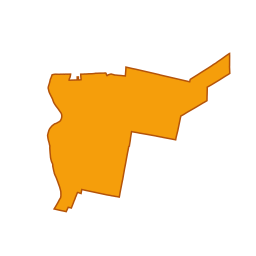 Herasti, Giurgiu, Romania (Mercator projection), rotated 103°
{"feature_id": "2599482B7326478622533", "entity_name": "Herasti", "entity_type": "district", "adm_level": 2, "iso_a3": "ROU", "parent_name": "Romania", "parent_adm1": "Giurgiu", "projection": "mercator", "projection_center": [26.35, 44.221], "detail": "fine", "context": "isolated", "style": "filled", "palette": "amber", "viewbox_px": 256, "rotation_deg": 103, "n_neighbors": 0, "source": "geoboundaries", "source_scale": "gbopen_adm2", "svg_char_len": 4497}
<svg xmlns="http://www.w3.org/2000/svg" viewBox="0 0 256 256"><g transform="rotate(103 128 128)"><path d="M196.1,184.4L197.5,183.5L197.9,183.3L200.6,181.5L203.0,180.2L205.0,179.2L206.0,178.9L209.2,178.1L211.2,178.0L213.2,178.7L216.7,179.6L221.5,181.1L222.0,181.3L223.5,181.8L223.5,175.0L223.4,172.2L223.4,169.4L218.7,168.4L218.7,165.2L217.9,165.1L213.3,164.4L211.6,164.2L208.8,163.7L207.4,163.6L206.0,163.3L203.7,163.0L202.2,162.7L202.1,162.1L202.3,160.2L202.4,159.0L198.3,159.2L198.3,155.6L197.9,133.2L197.7,130.4L197.7,130.2L197.7,128.9L197.5,126.0L197.5,124.8L197.4,124.0L197.3,122.3L197.3,121.4L197.3,121.0L196.0,121.0L192.8,121.2L189.8,121.3L186.5,121.4L181.1,121.6L179.4,121.6L175.6,121.8L174.1,121.9L169.9,122.1L168.5,122.2L164.6,122.3L162.4,122.4L160.4,122.5L156.3,122.7L151.5,122.9L151.0,122.9L150.5,122.9L148.1,123.0L146.0,123.1L145.9,122.9L145.7,122.8L145.4,122.7L145.2,122.6L144.9,122.7L144.6,122.7L143.1,122.8L139.7,123.0L138.7,123.1L137.0,123.3L135.7,123.4L134.1,123.5L130.7,123.7L130.7,123.4L130.7,122.6L130.4,117.7L130.4,116.0L130.2,112.8L129.9,107.4L129.7,103.2L129.5,99.4L129.5,97.8L129.4,95.3L129.4,94.4L129.3,93.6L129.3,91.7L129.2,89.5L129.1,87.1L129.0,84.8L128.9,82.5L128.8,79.2L128.8,78.9L128.3,78.9L127.9,78.9L127.3,79.0L126.0,79.0L119.4,78.9L106.4,79.2L104.4,79.2L102.5,77.0L99.3,73.8L93.8,67.9L92.1,66.1L86.3,60.1L86.1,59.8L83.6,57.2L81.7,57.6L79.4,58.1L76.8,58.6L72.0,59.6L70.4,60.0L67.3,56.6L63.6,52.8L60.5,49.6L55.5,44.7L53.3,42.4L52.1,41.3L51.9,41.1L45.4,42.9L44.7,43.0L41.6,43.7L38.5,44.4L36.7,44.8L34.5,45.3L33.1,45.7L32.5,45.8L32.6,46.0L32.8,46.1L33.1,46.4L35.0,48.2L37.3,50.2L38.8,51.5L40.4,52.9L42.2,54.6L44.1,56.3L44.3,56.4L45.2,57.2L46.7,58.8L47.3,59.4L47.6,59.6L48.5,60.4L51.5,63.3L54.4,66.2L57.3,69.1L60.3,72.0L63.5,75.2L66.3,78.0L66.5,78.2L66.7,78.3L66.9,78.3L67.0,78.3L67.7,78.3L69.1,78.3L69.1,79.4L69.1,82.4L69.1,87.1L69.1,92.1L69.1,96.7L69.1,101.1L69.1,105.9L69.1,108.9L69.0,109.9L69.0,110.4L69.0,111.6L69.0,115.3L69.0,119.3L69.0,122.8L69.0,126.5L69.0,130.1L69.0,133.7L69.1,137.4L69.1,141.1L69.1,143.7L71.9,143.2L75.9,142.6L77.9,142.3L78.0,142.6L78.0,142.8L78.0,143.0L78.0,143.4L78.1,143.7L78.2,144.4L78.4,146.4L78.8,148.8L79.1,151.2L79.2,152.0L79.3,152.3L79.3,152.6L79.4,152.9L79.4,153.2L79.3,153.3L79.3,153.5L79.3,153.9L79.3,154.1L79.2,154.7L79.3,155.4L79.2,155.9L79.2,156.2L79.2,156.3L79.2,156.6L79.3,156.7L79.4,157.0L79.5,157.3L79.6,157.5L79.8,157.8L79.9,158.0L80.0,158.1L80.2,158.4L80.3,158.7L80.4,158.8L80.5,159.0L80.7,159.3L80.8,159.4L81.0,159.5L81.3,159.7L81.5,159.8L81.6,160.0L81.7,160.3L81.5,160.5L81.4,160.6L81.1,160.7L80.7,161.0L80.2,161.4L79.9,161.6L79.7,161.7L79.6,161.9L79.5,162.0L79.5,162.3L79.5,162.5L79.6,162.8L80.0,164.0L80.4,165.7L80.8,167.3L81.2,168.9L81.7,170.6L81.9,171.7L82.1,172.1L82.7,173.6L82.9,174.4L83.1,174.8L83.2,175.2L83.6,176.7L84.0,178.3L84.5,179.9L84.9,181.3L85.2,182.6L85.3,182.9L85.6,183.8L85.8,184.6L86.1,185.9L86.2,186.2L87.6,185.8L89.2,185.3L91.0,184.7L91.5,184.6L91.8,185.4L92.2,186.4L92.3,187.1L89.4,187.8L89.7,189.0L92.6,188.3L93.5,191.7L94.2,194.4L94.7,196.1L93.7,196.3L91.6,195.9L90.0,195.9L89.2,196.0L88.4,196.0L88.4,196.3L88.5,196.4L88.6,196.7L88.7,197.1L88.7,197.4L89.0,198.4L89.3,199.7L89.4,200.3L89.5,200.7L89.7,201.5L89.8,201.6L89.9,201.8L89.9,202.0L90.0,202.4L90.0,202.6L90.1,203.1L90.4,204.3L90.8,206.0L91.0,206.5L91.2,207.5L91.4,208.4L91.5,208.7L91.5,208.8L91.5,209.1L91.7,209.7L91.9,210.9L92.0,211.2L92.5,212.5L92.8,213.1L93.2,213.9L94.1,214.0L95.8,214.2L97.0,214.4L97.9,214.6L99.7,214.6L101.1,214.6L102.9,214.7L105.3,214.9L106.1,214.9L106.9,214.8L107.5,214.6L108.6,214.0L109.7,213.5L111.2,212.6L112.6,211.5L113.8,210.5L114.9,209.6L116.7,208.1L117.7,207.5L119.4,206.4L120.5,205.5L121.7,204.3L122.9,203.0L124.1,201.5L125.1,200.3L126.4,198.9L127.9,197.2L128.9,196.2L130.2,195.5L131.5,195.1L132.8,195.0L134.1,195.0L135.2,195.3L135.9,195.4L136.2,195.6L136.7,195.9L137.4,196.5L138.1,197.3L138.8,198.1L139.6,198.9L140.0,199.6L140.4,200.3L141.0,200.9L141.7,201.4L142.5,202.2L143.9,203.0L145.5,203.8L146.9,204.3L148.7,204.6L149.8,204.6L150.5,204.7L151.5,204.7L153.0,204.7L153.6,204.6L154.1,204.4L156.2,203.6L158.1,202.7L160.4,201.4L162.0,200.7L163.0,200.1L163.6,200.0L165.1,199.7L167.1,199.1L169.4,198.4L171.8,197.6L174.3,196.8L175.8,196.1L177.7,195.1L178.8,194.3L179.8,193.5L180.6,193.1L180.9,193.0L181.3,192.9L181.9,192.8L182.8,192.4L183.9,191.9L185.2,191.3L186.3,190.8L187.6,190.1L188.9,189.5L190.2,188.6L190.6,188.3L192.5,186.8L196.1,184.4Z" fill="#f59e0b" stroke="#b45309" stroke-width="1.5"/></g></svg>